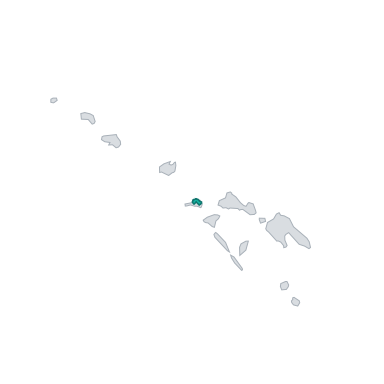 Vermaul, Shefa, Vanuatu (highlighted), rotated 149°
{"feature_id": "77236927B21234024058134", "entity_name": "Vermaul", "entity_type": "district", "adm_level": 2, "iso_a3": "VUT", "parent_name": "Vanuatu", "parent_adm1": "Shefa", "projection": "orthographic", "projection_center": [168.197, -16.741], "detail": "fine", "context": "in_parent", "style": "filled", "palette": "teal", "viewbox_px": 384, "rotation_deg": 149, "n_neighbors": 0, "source": "geoboundaries", "source_scale": "gbopen_adm2", "svg_char_len": 3896}
<svg xmlns="http://www.w3.org/2000/svg" viewBox="0 0 384 384"><g transform="rotate(149 192 192)"><path d="M127.1,92.0L130.1,107.4L133.5,107.3L135.2,106.5L137.2,102.9L138.0,97.2L139.8,96.4L142.0,97.0L141.1,98.8L141.7,103.3L143.4,105.8L144.6,106.2L146.9,118.1L147.8,120.6L147.7,122.5L143.0,127.0L135.9,126.9L131.0,129.6L128.0,129.4L128.0,126.4L125.3,124.1L122.2,119.0L122.9,109.9L117.3,93.2L117.2,88.9L119.0,83.4L120.9,83.2L123.4,87.7L127.1,92.0ZM157.4,150.9L159.4,151.9L160.6,151.9L161.2,154.2L167.7,158.7L169.4,158.6L170.9,161.0L173.7,162.3L174.4,164.8L176.4,167.4L173.0,170.5L166.3,169.7L162.5,173.2L159.1,172.3L158.5,170.5L159.0,169.8L156.9,165.1L156.0,157.9L154.6,153.7L153.0,151.9L149.9,153.5L148.7,153.7L145.7,150.3L147.1,143.2L147.8,141.1L150.2,140.7L153.9,142.6L157.4,150.9ZM242.6,283.5L240.6,285.7L238.8,285.5L227.3,280.2L227.8,278.0L227.3,272.6L228.6,269.6L231.8,268.4L234.3,269.0L235.8,273.4L239.2,275.2L236.8,276.7L240.9,280.0L242.6,283.5ZM203.5,218.2L207.9,224.9L209.7,225.4L207.0,230.2L201.5,230.6L194.9,229.3L197.3,227.7L196.1,225.9L194.1,225.5L191.8,226.4L190.8,226.1L192.2,223.0L195.9,218.7L196.9,218.4L197.9,218.3L198.9,218.7L203.5,218.2ZM196.9,162.1L191.8,162.5L184.6,161.1L181.8,159.1L180.5,157.1L183.0,155.5L186.5,154.8L191.0,150.2L192.5,152.0L194.2,157.2L196.0,158.7L197.0,160.3L196.9,162.1ZM249.3,311.4L246.9,316.5L243.0,315.3L239.2,311.6L237.3,308.4L238.7,302.3L240.6,301.2L242.6,301.6L243.6,307.6L249.3,311.4ZM193.2,145.0L192.5,145.1L191.7,142.9L189.2,131.5L190.8,121.3L191.9,123.5L195.7,141.4L195.1,144.3L193.2,145.0ZM203.6,182.7L205.0,183.4L204.2,185.3L198.1,183.1L193.2,183.9L191.8,183.8L190.3,182.1L189.2,178.5L189.7,176.1L191.8,174.3L192.6,174.1L194.1,176.2L195.5,177.6L196.9,178.3L200.0,181.7L203.6,182.7ZM179.7,120.1L176.7,122.3L171.1,122.1L169.0,120.9L175.8,114.4L183.7,113.0L179.7,120.1ZM164.9,65.5L163.0,67.8L157.9,67.1L156.7,66.4L157.0,62.5L158.3,61.2L161.3,59.9L165.5,61.9L164.9,65.5ZM160.5,49.0L159.8,49.5L158.8,49.1L156.1,43.5L156.7,41.6L160.1,39.8L163.1,42.9L163.4,44.7L163.4,46.1L162.9,47.4L160.9,48.0L160.5,49.0ZM192.1,115.1L191.4,118.0L189.5,114.7L188.3,100.6L188.8,99.3L189.8,99.2L192.0,109.0L192.1,115.1ZM266.8,341.6L265.2,344.2L262.8,344.1L259.8,342.3L260.4,340.0L263.9,339.7L264.9,339.8L266.8,341.6ZM148.6,133.6L147.8,134.9L143.1,131.9L144.1,128.9L149.3,130.0L148.6,133.6Z" fill="#d9dde1" stroke="#a8b0b8" stroke-width="1"/><path d="M196.5,180.6L196.3,180.5L195.6,180.7L195.1,180.8L194.8,181.0L194.3,181.2L194.2,181.4L193.5,181.4L193.4,181.4L193.4,181.0L193.4,180.9L193.4,180.7L193.3,180.4L193.3,180.2L193.2,180.0L193.2,179.9L193.2,179.7L193.1,179.4L193.0,179.2L192.9,179.0L192.9,178.9L192.8,178.7L192.9,178.4L192.9,178.1L192.8,177.8L192.7,177.6L192.7,177.4L192.6,177.2L192.5,177.3L192.1,177.5L191.9,177.5L191.8,177.4L191.7,177.2L191.4,177.1L191.2,177.1L190.8,177.1L190.7,177.2L190.7,177.3L190.4,177.6L190.2,177.6L189.9,177.6L189.6,177.6L189.4,177.6L189.4,177.8L189.4,178.0L189.3,178.3L189.2,178.3L189.0,178.5L189.2,178.8L189.3,179.0L189.4,179.3L189.5,179.5L189.7,179.8L189.8,179.9L190.0,179.9L190.2,180.0L190.3,180.2L190.3,180.3L190.2,180.5L190.3,180.5L190.4,180.8L190.3,181.0L190.4,181.3L190.4,181.5L190.5,181.7L190.5,181.8L190.6,182.0L190.6,182.3L190.6,182.5L190.8,182.8L191.0,182.9L191.2,183.0L191.3,183.0L191.4,183.3L191.5,183.4L191.5,183.5L191.6,183.8L191.8,183.9L192.0,183.9L192.1,184.0L192.1,183.9L192.1,184.0L192.3,184.0L192.5,184.0L192.5,183.9L192.6,184.0L192.8,184.1L193.0,184.1L193.3,184.2L193.5,184.2L193.7,184.3L193.8,184.3L194.0,184.3L194.0,184.5L194.3,184.7L194.5,184.7L194.8,184.7L194.9,184.4L195.0,184.4L195.0,184.5L195.3,184.6L195.5,184.6L195.5,184.4L195.4,184.4L195.4,184.2L195.5,184.2L195.6,183.9L195.8,183.9L196.0,183.9L196.2,183.7L196.3,183.7L196.5,183.6L196.6,183.4L196.8,183.3L196.8,183.2L196.8,182.9L196.8,182.1L196.8,181.9L196.8,181.2L196.5,180.7L196.5,180.6Z" fill="#14b8a6" stroke="#0f766e" stroke-width="1.5"/></g></svg>